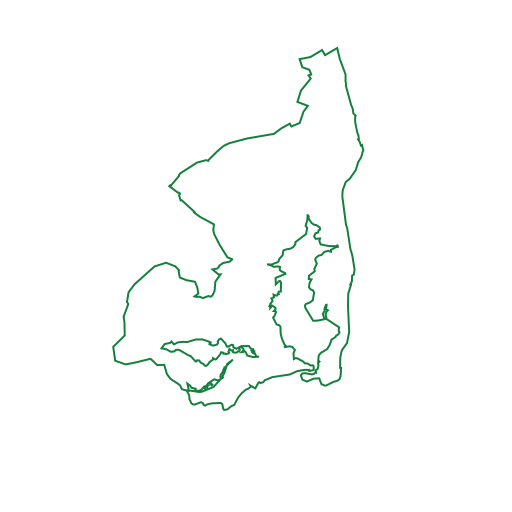 Greater Monrovia, Montserrado, Liberia, rotated 240°
{"feature_id": "62588387B62702599090886", "entity_name": "Greater Monrovia", "entity_type": "district", "adm_level": 2, "iso_a3": "LBR", "parent_name": "Liberia", "parent_adm1": "Montserrado", "projection": "robinson", "projection_center": [-10.758, 6.319], "detail": "fine", "context": "isolated", "style": "outline", "palette": "green", "viewbox_px": 512, "rotation_deg": 240, "n_neighbors": 0, "source": "geoboundaries", "source_scale": "gbopen_adm2", "svg_char_len": 6163}
<svg xmlns="http://www.w3.org/2000/svg" viewBox="0 0 512 512"><g transform="rotate(240 256 256)"><path d="M252.8,102.6L248.7,86.9L235.7,81.7L227.3,88.9L224.0,98.5L219.7,113.3L211.0,115.9L207.6,122.1L198.3,119.8L192.3,120.5L183.9,124.8L181.8,125.5L177.6,125.3L174.6,128.2L173.5,130.7L179.8,132.8L176.5,134.2L174.3,134.1L171.4,137.2L171.1,136.6L169.1,137.0L167.7,139.5L167.4,141.7L168.6,145.0L166.4,145.5L167.0,146.2L168.8,146.2L168.5,147.4L166.5,148.0L167.6,148.6L167.8,149.7L168.6,148.4L169.8,151.3L168.8,152.3L166.2,153.0L166.3,153.8L169.8,152.9L170.1,158.2L167.6,160.5L166.8,162.3L167.9,165.6L169.3,164.7L170.9,166.2L171.9,168.6L175.3,173.0L175.0,174.7L176.9,177.2L177.8,184.2L175.7,175.8L170.9,170.7L168.7,167.1L167.3,166.6L167.1,166.0L167.6,165.5L163.8,153.7L165.5,141.2L166.9,138.4L172.1,132.0L173.5,128.7L168.9,128.5L165.3,126.8L160.7,126.4L159.1,127.1L158.0,128.6L156.9,135.2L154.6,136.6L153.1,136.1L151.8,137.3L151.9,139.6L150.5,144.0L146.4,151.9L144.7,152.8L140.4,151.3L138.9,151.3L138.3,152.0L137.5,154.5L138.3,159.7L137.9,162.7L142.5,170.0L144.3,175.0L145.4,180.6L145.0,182.0L145.3,186.4L146.6,186.4L141.7,189.2L145.1,194.8L145.1,195.8L143.7,196.4L143.1,199.2L144.0,201.5L143.0,209.4L136.5,226.0L135.7,234.0L133.2,241.0L131.4,244.0L130.5,244.3L130.6,244.9L129.8,244.7L128.4,249.0L131.7,250.8L132.9,250.6L134.0,248.4L137.0,247.0L138.7,244.6L140.8,244.2L146.7,240.6L147.8,239.2L147.8,237.3L153.0,239.8L155.2,242.7L159.1,242.0L160.9,240.1L163.1,234.6L162.8,236.9L165.9,236.4L171.8,237.2L176.3,238.5L182.5,241.8L184.4,241.5L186.4,239.6L194.1,240.0L194.9,242.2L197.4,245.3L198.4,245.3L199.4,243.9L200.1,246.1L201.0,246.9L202.9,246.4L204.9,245.0L205.1,244.4L204.1,243.3L203.9,242.6L205.1,243.7L205.0,242.5L205.8,242.4L206.3,243.8L207.3,244.3L208.8,247.9L211.6,248.2L211.2,250.9L213.7,251.9L211.6,253.6L211.2,254.8L212.4,255.9L211.8,256.7L212.8,256.9L213.7,257.9L212.8,259.7L220.2,264.3L222.2,264.4L222.7,263.5L221.5,258.9L227.2,262.0L225.8,272.5L226.6,272.7L230.9,269.8L232.1,269.6L234.6,271.3L236.2,269.5L237.6,266.1L240.2,264.5L243.3,261.5L240.9,265.0L239.8,271.7L240.3,273.1L241.6,274.3L243.4,279.4L247.1,282.5L246.5,286.0L245.2,289.2L245.1,292.8L246.6,296.0L248.3,297.0L250.0,310.3L254.7,314.4L257.3,314.1L261.7,318.6L266.4,321.6L265.6,321.1L263.9,321.5L262.3,320.3L257.0,320.6L254.4,321.7L252.6,323.7L248.8,325.5L247.0,324.8L246.9,323.1L245.3,321.4L245.9,318.8L244.0,316.2L241.1,316.2L239.2,320.2L237.3,318.3L233.7,317.8L228.1,324.2L224.6,330.0L224.4,331.8L223.2,331.3L222.7,332.4L223.7,329.4L223.8,324.0L222.2,323.0L224.3,321.3L225.4,317.2L224.1,313.2L225.0,310.5L224.4,306.7L223.1,305.4L218.9,304.8L215.6,300.0L213.4,299.3L212.4,292.0L209.6,290.2L208.0,292.4L205.8,288.8L202.3,286.2L199.8,286.6L197.9,288.1L195.4,288.1L189.3,283.1L188.8,279.4L189.5,275.1L188.8,273.8L186.6,272.8L171.3,273.1L169.1,277.4L167.0,283.8L172.4,284.9L174.0,287.7L176.2,289.1L178.6,292.1L178.4,292.7L174.9,290.0L173.0,291.1L172.7,289.5L170.8,287.2L166.1,285.6L152.7,292.3L149.9,290.2L148.2,290.2L147.0,288.1L146.8,285.3L146.1,284.3L145.8,279.6L142.1,275.3L139.8,271.1L139.7,263.9L138.8,261.3L137.9,260.1L132.6,256.5L132.9,259.1L132.5,256.4L130.2,255.5L128.3,253.9L127.4,253.0L127.3,251.1L125.5,250.0L125.9,249.9L124.9,247.9L125.5,245.2L129.9,240.1L131.1,237.3L130.2,235.3L129.1,234.9L125.7,234.4L121.9,237.2L120.9,244.7L118.4,249.6L112.4,248.6L109.2,250.9L108.7,252.5L108.3,259.9L107.3,264.2L107.6,266.8L109.6,269.1L116.4,273.7L116.8,272.9L117.4,273.1L125.6,278.0L130.4,282.1L131.7,283.8L135.1,291.3L143.6,298.7L166.0,310.3L177.2,317.0L183.6,323.9L184.1,323.4L186.0,326.3L191.0,329.5L191.0,331.4L195.0,334.6L208.4,339.7L214.7,341.2L234.5,348.9L238.1,349.6L263.9,360.3L267.1,362.2L269.7,364.1L275.2,370.7L276.0,375.7L280.5,385.4L286.1,391.3L288.8,396.2L291.5,399.3L292.6,399.9L293.7,401.7L299.1,403.3L299.1,402.1L303.3,402.9L305.9,402.7L305.8,403.5L308.9,404.9L312.3,405.4L322.5,408.9L326.9,411.4L327.7,412.5L330.7,411.6L335.6,413.5L339.2,413.9L358.6,419.0L359.6,420.0L362.4,420.8L368.3,424.3L384.8,427.1L395.5,430.3L395.4,416.2L401.3,416.2L401.1,402.6L404.7,392.2L396.3,390.5L390.6,395.3L385.6,394.6L386.1,391.8L382.3,392.1L376.8,377.6L368.7,368.9L360.1,376.0L357.3,369.4L349.3,360.3L350.5,351.4L353.7,351.4L353.9,341.6L352.8,332.6L362.3,306.8L367.0,289.5L367.4,285.6L367.5,282.9L366.1,275.1L363.0,263.3L362.3,262.3L364.0,260.6L366.4,251.6L365.5,232.1L364.8,230.0L363.9,229.5L359.6,217.7L360.2,217.1L359.8,215.8L349.8,220.1L349.4,221.0L348.0,221.4L347.0,219.7L341.9,218.5L341.3,219.6L324.8,224.8L324.6,224.2L318.0,227.0L304.4,235.4L299.7,231.9L295.5,230.7L283.4,230.1L283.4,229.5L283.4,230.1L269.1,230.6L264.5,234.3L264.9,233.9L264.3,230.1L266.4,224.0L266.0,219.4L265.4,219.0L264.5,216.3L266.1,211.6L258.6,214.4L257.8,216.1L254.1,208.0L246.5,202.7L243.8,198.9L243.3,196.6L245.2,194.6L246.0,189.1L249.1,186.6L250.5,183.7L251.7,182.6L252.3,187.3L258.1,189.4L264.2,190.3L270.1,183.4L275.5,179.3L281.4,181.3L281.9,182.2L287.3,181.0L295.1,174.8L297.7,162.9L292.2,136.6L288.3,127.5L280.7,121.3L278.3,121.4L269.6,111.0L264.1,108.8L252.8,102.6ZM195.6,185.8L192.2,185.5L191.5,186.2L191.3,190.3L190.6,191.5L188.0,190.8L185.4,192.7L185.3,198.2L181.6,204.8L177.4,205.4L176.4,207.7L176.2,205.4L174.4,207.0L173.9,206.6L174.7,204.7L173.3,204.8L172.0,206.4L168.9,205.9L167.3,208.3L169.9,203.0L174.1,198.7L178.3,199.0L179.6,198.3L179.2,197.3L179.9,195.6L180.7,198.2L181.8,198.7L184.4,197.9L184.9,196.6L184.6,194.9L182.8,195.1L181.7,193.7L182.5,192.4L182.0,191.0L183.6,188.3L184.3,188.0L185.9,188.9L186.2,187.6L188.8,186.5L187.1,184.5L185.7,184.5L185.3,183.6L186.3,180.6L187.1,180.4L187.6,179.0L188.7,179.2L190.1,177.6L188.8,175.9L186.5,170.1L186.7,169.0L189.0,167.7L187.8,167.1L187.4,162.6L186.0,159.9L185.7,158.0L186.5,156.9L189.0,156.4L191.5,154.7L193.9,154.6L195.1,152.9L194.4,151.7L194.8,151.0L202.2,149.3L203.5,148.0L213.3,142.4L214.8,139.8L214.2,137.5L215.7,134.3L219.8,131.9L223.3,128.0L225.4,132.9L223.7,138.1L224.2,140.1L220.5,140.7L220.3,145.0L218.3,149.6L215.8,153.6L213.9,162.0L210.6,167.8L206.4,171.6L203.1,174.1L204.1,172.6L202.9,171.6L199.8,174.0L198.8,178.2L199.9,179.9L201.1,180.1L202.2,182.2L202.0,184.4L195.6,185.8Z" fill="none" stroke="#15803d" stroke-width="2"/></g></svg>